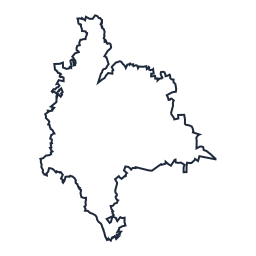 the district of San Luis De Sincé, Sucre, Colombia
{"feature_id": "7082276B69814222913428", "entity_name": "San Luis De Sincé", "entity_type": "district", "adm_level": 2, "iso_a3": "COL", "parent_name": "Colombia", "parent_adm1": "Sucre", "projection": "robinson", "projection_center": [-75.111, 9.253], "detail": "fine", "context": "isolated", "style": "outline", "palette": "slate", "viewbox_px": 256, "rotation_deg": 0, "n_neighbors": 0, "source": "geoboundaries", "source_scale": "gbopen_adm2", "svg_char_len": 5675}
<svg xmlns="http://www.w3.org/2000/svg" viewBox="0 0 256 256"><path d="M169.6,74.6L167.9,75.6L165.6,76.2L165.4,74.6L164.4,72.2L162.8,71.8L161.1,72.0L160.7,73.3L160.8,74.8L162.4,77.6L161.5,78.5L160.6,78.3L159.6,78.7L157.6,80.4L157.8,78.5L156.4,78.4L156.4,78.7L155.3,78.7L155.1,76.0L151.1,76.4L151.2,73.7L153.7,73.6L153.1,69.2L152.5,69.9L151.8,69.7L150.3,70.2L149.2,69.7L149.0,68.6L149.2,67.4L148.8,66.9L147.9,68.3L146.8,69.1L146.3,66.2L143.0,66.8L139.0,66.5L138.0,68.2L137.4,66.1L136.6,65.3L135.5,65.3L133.4,66.2L132.9,65.0L133.0,64.3L130.9,64.5L130.1,63.6L129.6,64.4L129.5,64.1L127.3,64.7L125.8,68.0L124.8,65.8L122.6,63.7L121.6,62.2L120.7,61.5L119.4,61.3L117.2,62.3L116.0,62.4L111.7,66.9L113.3,70.1L112.4,70.7L112.3,73.7L108.2,73.0L107.2,74.3L106.5,74.8L104.5,78.1L102.3,79.4L98.2,82.6L101.0,73.6L102.1,72.3L102.4,70.7L103.4,69.3L105.3,68.7L106.3,67.9L106.9,66.4L108.6,64.1L106.5,57.5L106.2,57.6L105.1,56.3L104.5,56.2L107.6,51.0L110.3,48.7L111.1,47.5L110.6,44.4L109.9,43.7L109.4,43.3L107.8,43.5L107.5,43.8L107.0,43.6L106.8,43.2L106.9,42.8L106.2,41.5L105.5,41.9L104.6,41.9L104.6,39.8L105.1,39.7L103.7,38.3L104.5,36.1L104.2,35.5L104.6,31.5L103.6,28.9L102.3,28.2L102.3,27.8L101.9,27.5L101.7,26.7L102.1,26.6L102.1,26.3L101.6,26.3L101.4,25.4L101.8,25.1L101.4,25.2L101.2,24.3L100.7,24.2L100.8,23.9L101.3,24.1L101.9,23.5L101.9,23.0L101.6,23.0L101.7,21.8L102.0,21.8L102.0,20.0L101.2,19.5L100.3,18.1L99.0,18.2L97.4,16.2L95.4,15.4L95.0,15.4L92.7,18.8L89.6,18.8L85.9,16.8L85.1,20.3L82.0,18.1L81.8,19.0L79.9,18.4L77.5,18.6L78.0,19.7L78.4,23.3L79.4,24.4L80.5,24.2L81.0,24.7L80.9,26.2L81.9,29.0L82.0,31.0L85.6,31.4L86.1,32.7L87.1,33.0L87.1,33.8L85.6,37.9L85.5,39.1L83.2,39.1L81.7,39.8L80.4,39.8L79.2,42.9L79.8,45.2L77.4,45.7L76.5,48.1L76.7,50.2L78.6,51.5L78.8,52.1L75.2,53.2L72.3,56.6L75.3,60.7L75.6,62.9L75.3,62.9L75.1,65.1L73.6,65.5L73.7,62.7L73.4,62.7L73.1,60.2L71.6,59.7L70.4,60.8L71.3,65.6L71.2,67.9L69.7,67.0L69.1,68.4L66.6,68.9L63.0,67.5L62.9,62.6L59.8,63.8L54.3,64.0L55.0,69.7L56.5,70.5L56.7,71.4L57.4,71.5L58.1,73.0L59.6,73.2L60.9,74.0L61.0,74.2L59.9,75.3L59.7,76.6L60.5,77.1L61.9,76.8L63.6,77.7L63.6,81.2L58.7,80.2L56.7,83.9L57.5,83.7L58.2,84.1L59.4,85.5L59.1,86.2L58.0,87.3L56.7,87.5L55.2,89.3L53.5,89.2L51.8,91.4L52.6,92.3L53.1,91.8L54.2,91.7L56.5,93.5L59.0,90.2L59.4,90.6L60.3,89.0L61.2,88.4L62.7,92.1L61.1,93.5L62.1,94.6L60.7,96.7L57.6,93.4L57.1,94.1L56.6,95.7L57.5,95.7L56.7,98.3L56.5,98.2L56.4,102.1L50.9,106.6L54.2,107.8L52.9,109.3L51.9,109.3L52.2,110.6L48.6,111.5L48.5,110.7L47.9,110.7L48.2,111.4L47.9,111.7L48.0,112.1L45.2,114.2L46.0,116.2L45.9,118.0L48.7,120.7L49.2,121.6L49.3,122.1L48.2,124.5L49.5,124.8L49.9,127.1L50.3,127.6L50.6,129.0L52.2,129.8L54.4,133.5L53.2,133.7L52.2,134.7L51.3,134.9L50.2,138.6L51.7,139.3L51.9,140.0L51.6,142.1L52.0,143.2L50.6,143.3L51.4,147.6L50.0,147.8L51.0,149.9L52.5,151.5L50.8,152.3L51.2,154.2L49.0,155.2L45.9,155.6L43.1,158.2L40.4,158.9L40.9,160.1L40.8,162.2L41.6,164.5L41.4,167.1L43.0,170.1L42.7,172.2L43.8,173.8L46.9,175.5L47.0,174.6L46.8,174.9L46.4,174.7L46.5,174.3L45.7,174.4L48.2,171.6L49.0,168.2L49.5,168.1L52.3,168.8L53.7,169.8L56.0,172.4L56.7,171.3L57.9,172.0L59.7,172.1L59.9,172.5L60.7,172.1L62.8,174.8L61.0,178.6L62.7,179.7L62.5,182.0L63.1,182.8L64.5,180.7L65.5,176.8L68.1,176.5L69.5,176.8L70.1,175.8L72.7,176.6L74.8,178.5L75.9,180.4L75.4,181.3L75.9,182.5L75.8,183.2L77.4,184.2L78.0,186.4L78.7,186.8L78.7,187.9L79.3,188.2L79.4,187.8L79.7,187.9L79.4,188.3L79.6,189.3L80.7,189.5L81.1,190.1L80.5,193.2L81.4,197.1L84.2,198.0L86.0,197.8L85.9,200.5L85.4,202.1L85.8,204.0L85.7,205.6L84.4,206.6L85.6,209.0L85.0,210.7L87.9,210.9L89.9,212.8L92.3,213.6L95.4,215.3L96.7,217.2L97.0,219.3L97.9,220.9L98.6,221.9L100.7,223.4L101.5,224.6L102.5,227.7L103.4,229.4L103.2,229.6L104.5,233.3L105.1,236.1L106.9,239.8L107.5,239.2L107.4,239.8L107.8,239.9L109.0,239.1L110.8,240.6L112.0,237.6L112.6,237.3L112.6,237.9L114.4,236.9L114.6,236.4L115.4,237.1L116.2,239.0L118.9,236.3L117.4,236.3L117.3,235.3L116.5,235.2L116.7,234.5L117.7,234.5L119.2,233.8L119.5,234.1L120.1,233.7L120.1,232.5L120.9,231.7L119.4,231.6L117.5,231.9L119.1,229.2L119.2,227.9L122.3,226.3L125.5,225.5L124.5,222.1L124.6,217.7L122.2,218.1L120.3,217.2L117.3,221.1L116.3,219.2L116.2,218.1L113.0,216.7L112.4,216.7L110.9,222.0L109.7,222.9L106.7,219.0L112.4,216.3L113.8,215.0L112.4,213.2L112.6,212.2L112.3,211.7L113.1,211.4L111.5,209.1L110.7,206.0L112.5,205.9L113.3,205.4L114.5,203.6L116.9,202.9L117.6,200.9L118.1,200.3L116.6,199.5L115.7,197.5L115.7,196.4L116.8,195.6L116.8,194.1L115.5,192.7L115.2,190.6L117.1,183.4L116.9,182.4L115.1,179.2L118.8,176.2L119.5,177.3L121.6,178.8L124.8,176.0L125.0,176.4L125.7,176.2L126.3,173.1L126.8,172.9L124.0,170.5L125.4,166.5L128.2,166.9L129.9,168.1L131.1,169.6L132.5,168.0L135.6,168.1L135.5,167.2L135.8,167.2L148.8,170.4L151.9,170.7L161.0,164.2L161.5,164.8L165.5,163.7L165.6,161.7L168.2,164.0L170.9,165.7L174.6,159.9L175.5,159.6L175.6,162.1L175.9,162.5L178.4,162.9L181.0,162.6L184.5,164.8L183.6,167.5L183.6,172.2L186.5,172.1L186.6,165.7L187.1,162.7L190.6,163.1L191.6,162.9L195.0,159.7L195.1,159.0L198.0,161.0L199.4,156.2L215.5,159.3L215.6,158.9L210.7,154.3L206.5,151.0L203.7,150.0L203.2,147.1L201.6,146.5L199.9,146.6L196.5,148.4L196.7,140.7L196.3,137.8L198.0,135.2L199.5,134.5L192.9,132.4L193.1,131.5L193.4,131.2L192.6,128.2L191.7,126.5L189.2,125.4L185.8,124.7L185.2,124.2L184.9,123.7L185.0,119.7L184.2,114.8L178.1,115.0L178.3,118.5L174.3,119.4L174.0,118.1L171.3,114.1L171.1,112.9L173.0,105.7L172.9,102.4L173.8,100.5L171.5,98.6L170.5,98.8L169.8,99.8L168.6,99.9L167.9,97.3L166.8,95.2L171.6,92.6L173.3,92.0L175.8,91.8L176.2,89.1L175.4,84.2L173.4,81.9L173.6,79.6L171.7,79.4L170.3,78.3L170.1,75.5L169.6,74.6Z" fill="none" stroke="#1e293b" stroke-width="2"/></svg>